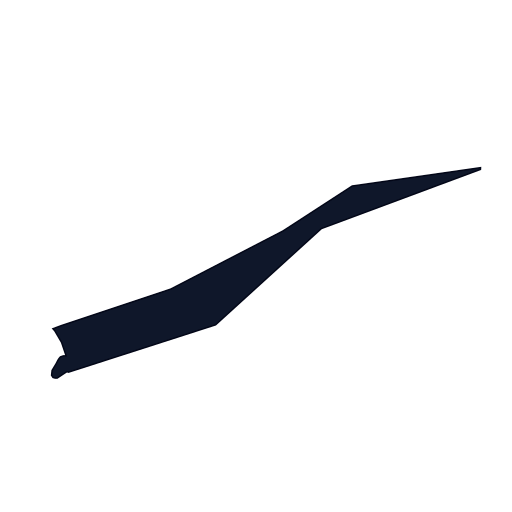 27, Ad Dawhah, Qatar, rotated 237°
{"feature_id": "91078587B74870148919967", "entity_name": "27", "entity_type": "district", "adm_level": 2, "iso_a3": "QAT", "parent_name": "Qatar", "parent_adm1": "Ad Dawhah", "projection": "robinson", "projection_center": [51.555, 25.278], "detail": "fine", "context": "isolated", "style": "filled", "palette": "ink", "viewbox_px": 512, "rotation_deg": 237, "n_neighbors": 0, "source": "geoboundaries", "source_scale": "gbopen_adm2", "svg_char_len": 488}
<svg xmlns="http://www.w3.org/2000/svg" viewBox="0 0 512 512"><g transform="rotate(237 256 256)"><path d="M207.8,492.4L262.3,374.8L262.3,292.3L274.7,166.4L303.6,55.0L305.6,46.1L302.8,46.5L289.5,45.9L275.7,42.4L277.2,39.9L277.9,37.0L277.3,35.0L276.5,33.2L274.6,29.9L271.1,22.7L267.3,19.6L265.1,19.6L264.7,19.6L263.1,21.0L261.9,22.8L262.0,31.0L262.0,34.4L260.7,35.5L220.3,184.6L235.9,280.0L243.4,325.8L206.4,491.4L207.8,492.4Z" fill="#0f172a" stroke="#020617" stroke-width="1.5"/></g></svg>